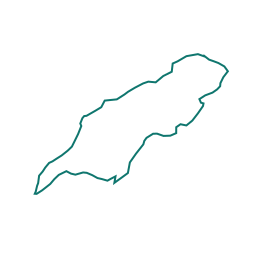 outline of Erimi, Limassol, Cyprus, rotated 53°
{"feature_id": "46923920B22495771378478", "entity_name": "Erimi", "entity_type": "district", "adm_level": 2, "iso_a3": "CYP", "parent_name": "Cyprus", "parent_adm1": "Limassol", "projection": "robinson", "projection_center": [32.922, 34.687], "detail": "fine", "context": "isolated", "style": "outline", "palette": "teal", "viewbox_px": 256, "rotation_deg": 53, "n_neighbors": 0, "source": "geoboundaries", "source_scale": "gbopen_adm2", "svg_char_len": 1187}
<svg xmlns="http://www.w3.org/2000/svg" viewBox="0 0 256 256"><g transform="rotate(53 128 128)"><path d="M124.4,242.0L125.6,240.6L126.1,234.2L125.9,223.8L124.5,217.6L123.8,211.5L125.4,203.2L130.1,201.0L133.6,198.1L136.5,190.6L139.0,187.9L144.2,184.9L149.6,182.5L152.9,179.7L157.7,176.1L158.2,172.5L159.1,167.1L163.6,171.9L163.8,162.6L163.9,155.2L156.6,147.2L153.3,137.0L150.3,125.6L148.1,122.7L147.0,119.1L147.7,111.4L150.0,108.2L155.7,104.4L159.6,98.8L161.1,92.6L156.4,89.0L156.6,83.8L160.7,80.2L161.1,79.8L160.8,72.2L158.4,63.4L155.6,54.9L153.8,52.9L151.7,54.5L147.9,53.6L148.4,46.7L150.6,39.2L150.8,33.6L150.1,29.3L147.8,27.2L144.8,21.3L142.8,14.1L136.8,14.0L130.5,16.7L126.4,19.3L122.2,22.1L117.1,23.5L117.3,23.6L111.1,27.7L105.8,38.1L104.6,48.3L103.4,53.5L109.4,59.2L107.7,68.5L108.2,78.4L103.2,83.9L101.5,89.1L100.0,98.1L99.1,106.2L99.1,110.7L98.4,119.7L92.1,130.1L95.3,136.8L94.5,144.3L93.3,153.8L92.1,155.8L92.7,158.5L95.7,163.4L98.3,164.1L102.8,171.5L106.6,179.0L109.1,184.0L109.8,189.7L110.0,197.5L109.5,203.7L109.2,208.4L108.4,212.0L109.8,217.9L111.4,222.3L112.6,227.7L118.0,233.0L119.4,235.3L123.3,240.0L124.4,242.0Z" fill="none" stroke="#0f766e" stroke-width="2"/></g></svg>